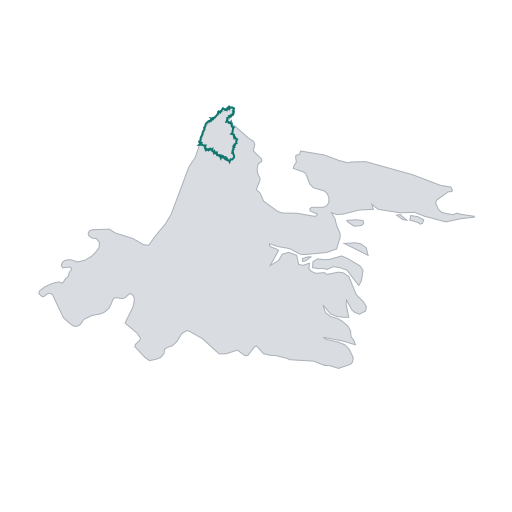 Sylhet, Sylhet, Bangladesh (highlighted), rotated 292°
{"feature_id": "16705992B47932115867008", "entity_name": "Sylhet", "entity_type": "district", "adm_level": 2, "iso_a3": "BGD", "parent_name": "Bangladesh", "parent_adm1": "Sylhet", "projection": "mercator", "projection_center": [91.877, 24.89], "detail": "medium", "context": "in_parent", "style": "outline", "palette": "teal", "viewbox_px": 512, "rotation_deg": 292, "n_neighbors": 0, "source": "geoboundaries", "source_scale": "gbopen_adm2", "svg_char_len": 5605}
<svg xmlns="http://www.w3.org/2000/svg" viewBox="0 0 512 512"><g transform="rotate(292 256 256)"><path d="M180.2,360.5L180.1,348.8L172.4,325.9L172.8,323.4L171.2,312.2L169.2,306.1L168.2,299.5L172.8,290.1L171.0,288.6L160.7,285.7L159.5,283.2L161.7,273.9L154.3,265.1L151.4,258.5L159.3,237.2L161.3,222.3L160.7,219.5L155.9,216.1L147.3,214.8L141.3,212.0L137.8,207.8L134.8,206.1L131.1,207.3L126.3,205.7L122.4,201.5L119.1,196.4L120.4,190.8L126.6,177.6L128.9,177.3L134.3,179.8L136.3,179.8L139.9,174.6L144.8,159.7L162.1,161.0L166.3,160.5L170.6,159.3L172.9,157.4L174.2,155.0L173.8,153.0L168.5,150.2L166.4,148.1L165.0,142.1L163.4,139.8L153.0,139.5L147.6,136.8L144.6,134.3L139.3,126.1L132.7,120.1L126.5,118.7L124.0,116.7L122.7,113.6L123.5,109.1L126.7,100.5L143.9,81.8L144.3,79.7L143.6,77.3L138.6,74.3L138.3,72.8L139.7,68.8L142.5,68.3L148.5,71.9L154.5,77.7L158.1,82.8L158.3,86.9L163.0,87.7L166.9,89.5L171.0,89.0L173.6,90.0L175.4,89.6L176.0,87.3L172.6,81.4L174.3,78.9L178.2,79.0L181.1,81.3L183.2,85.8L183.6,92.8L188.2,99.2L194.3,103.7L199.1,105.8L204.9,107.3L209.8,105.9L212.3,101.4L211.2,97.5L211.9,93.9L213.9,91.9L217.0,92.1L219.3,94.9L226.0,110.1L224.6,116.8L226.1,135.2L224.4,147.4L225.5,152.0L226.6,152.8L236.8,155.1L251.4,159.9L262.6,161.7L313.4,160.4L324.5,162.7L358.3,160.9L367.5,164.8L377.6,171.1L383.2,175.7L384.2,178.4L383.6,180.7L381.7,181.9L378.3,182.0L370.3,178.9L368.9,179.8L368.8,187.1L362.4,205.2L361.4,210.8L359.2,213.0L352.5,214.1L348.1,224.6L346.2,225.9L341.9,223.6L339.1,224.0L335.7,225.0L332.3,227.4L329.9,230.4L327.2,231.4L317.8,231.3L315.9,236.1L309.7,242.5L305.5,259.4L305.8,264.6L311.0,278.0L314.7,295.4L316.1,297.2L317.9,297.3L318.0,289.4L319.7,288.3L321.9,289.2L326.3,300.0L328.8,302.7L332.8,303.5L337.2,301.8L340.6,298.7L341.9,295.3L340.8,283.6L342.9,278.8L350.6,271.7L351.7,269.5L351.2,257.8L354.1,257.4L358.0,258.3L362.9,255.5L364.4,255.4L366.5,258.4L370.0,257.9L375.2,281.2L375.7,297.6L376.9,306.7L378.7,308.8L384.6,322.4L390.0,370.3L390.6,400.5L392.9,410.8L391.0,413.1L389.2,413.6L387.4,410.0L375.0,402.3L372.0,403.1L367.7,407.5L366.0,411.7L366.8,417.4L368.1,423.2L371.1,426.4L371.3,430.0L374.6,443.6L373.7,443.7L366.9,431.3L358.7,419.2L356.0,397.4L355.9,386.6L350.2,374.0L345.0,351.8L347.3,344.0L343.3,347.4L337.1,334.1L327.4,321.0L324.6,315.2L324.5,309.6L320.3,315.2L314.6,319.2L308.8,325.2L305.0,327.0L292.7,328.1L285.7,320.1L275.5,300.5L274.2,296.1L275.5,284.5L273.1,273.5L272.4,263.9L270.6,264.7L269.9,267.4L270.3,271.5L269.6,274.9L252.5,272.7L259.8,278.4L267.6,279.8L271.6,284.9L271.9,293.5L264.2,298.7L264.9,303.0L269.4,308.3L264.0,309.8L262.5,313.2L262.4,318.1L266.2,325.7L265.5,328.7L271.9,338.5L273.1,343.2L271.6,349.9L257.7,363.4L253.7,372.9L250.2,377.4L246.0,378.2L240.8,373.7L240.7,369.0L241.8,365.3L249.0,356.4L245.1,357.6L233.8,365.0L231.7,359.0L230.2,353.5L230.2,346.7L235.7,336.5L229.5,341.6L227.8,347.9L228.6,355.4L227.8,360.6L225.4,367.5L222.1,371.7L216.8,374.3L214.4,378.4L210.9,381.4L209.6,367.5L205.8,348.8L205.0,352.8L207.0,364.4L206.9,372.0L204.0,377.9L198.1,384.3L193.7,385.2L191.0,384.2L182.7,374.6L182.0,365.5L180.2,360.5ZM282.7,360.7L272.4,363.0L267.1,362.3L277.0,345.5L276.6,337.9L275.1,331.7L270.1,326.8L269.8,323.3L267.6,318.4L266.4,312.8L272.0,311.0L276.5,314.2L278.1,320.6L280.3,325.4L288.1,335.3L288.0,341.4L285.8,356.2L282.7,360.7ZM304.9,355.2L298.6,359.7L300.7,333.1L305.4,343.0L306.5,348.3L304.9,355.2ZM329.0,341.9L326.3,343.8L323.7,342.2L320.4,335.9L322.0,328.0L323.1,326.9L327.0,335.0L329.0,341.9ZM352.4,397.9L348.8,398.2L347.0,396.3L347.8,393.7L346.9,385.1L351.5,384.3L353.1,391.4L352.4,397.9ZM348.4,373.9L345.7,382.5L344.7,378.6L346.5,371.1L348.4,373.9ZM274.7,304.5L275.7,307.3L269.9,303.7L268.4,301.2L271.0,299.9L274.7,304.5Z" fill="#d9dde1" stroke="#a8b0b8" stroke-width="1"/><path d="M333.5,196.2L336.1,196.2L336.6,197.8L339.2,198.7L340.5,198.3L342.4,196.5L342.5,195.4L343.2,195.2L343.5,195.8L345.2,194.7L346.3,195.3L347.4,194.5L348.5,194.5L348.9,195.2L349.6,194.8L349.6,194.1L350.8,194.8L351.3,194.2L353.4,195.7L355.1,194.6L357.1,194.8L357.5,192.5L356.9,191.9L357.7,191.3L358.3,191.9L358.9,191.0L358.8,189.8L359.1,190.5L360.2,190.2L360.0,187.4L361.3,188.0L365.7,186.9L366.9,187.2L367.0,185.0L369.8,183.9L369.5,183.1L370.5,182.6L369.8,182.5L369.3,181.1L370.0,180.7L370.1,179.6L369.3,178.3L372.2,178.2L373.2,177.6L375.6,180.0L376.0,179.0L377.0,180.4L377.7,180.3L378.3,181.7L379.2,181.9L379.6,181.2L381.4,181.4L381.8,180.4L384.5,180.4L384.9,178.5L384.1,176.7L384.4,175.5L382.1,176.1L382.1,175.3L383.2,174.4L382.6,174.0L380.3,174.2L380.5,172.8L380.0,172.7L380.6,170.1L377.3,169.4L376.9,168.8L375.7,168.9L376.1,167.2L375.3,166.9L373.8,167.5L368.9,165.9L368.6,165.2L367.0,165.0L367.3,164.2L368.4,164.4L366.9,163.8L366.8,163.2L366.3,164.3L366.0,163.8L364.9,163.7L365.2,163.1L363.4,162.9L364.0,162.9L363.4,162.7L363.7,161.9L363.3,161.5L359.8,159.9L356.9,160.3L355.6,159.8L354.2,160.8L351.3,160.2L348.3,160.7L345.1,160.4L342.0,161.3L340.9,160.4L340.2,160.9L340.4,162.9L337.8,161.6L338.4,163.1L339.2,163.6L338.7,166.0L339.6,167.8L336.8,168.3L336.8,169.3L335.9,169.5L336.4,170.4L335.7,170.5L337.4,172.2L335.5,172.1L337.8,173.3L337.5,173.7L338.3,174.4L337.8,175.4L338.4,175.6L337.0,176.1L336.7,177.6L337.3,177.9L336.4,178.3L337.2,178.5L336.2,179.3L337.4,180.8L336.7,181.2L336.0,180.4L336.1,181.4L335.0,182.1L335.5,182.9L335.3,183.6L335.0,182.9L335.1,184.6L336.0,184.7L336.1,186.0L334.7,185.6L333.8,186.5L334.5,186.4L334.6,187.1L335.4,186.9L336.2,187.9L335.1,188.9L336.0,190.1L334.7,190.6L335.2,191.7L334.2,191.8L334.2,192.3L334.8,192.0L334.5,193.3L335.0,193.1L334.0,194.5L334.3,195.5L333.5,196.2Z" fill="none" stroke="#0f766e" stroke-width="2"/></g></svg>